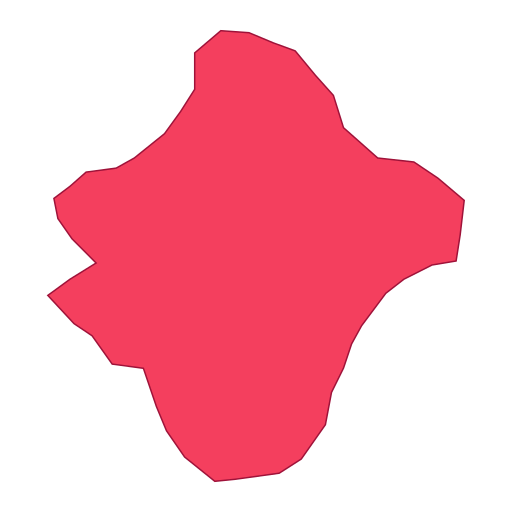 Katokopia, Cyprus (Albers equal-area conic projection)
{"feature_id": "46923920B85367038784493", "entity_name": "Katokopia", "entity_type": "district", "adm_level": 2, "iso_a3": "CYP", "parent_name": "Cyprus", "parent_adm1": "", "projection": "albers", "projection_center": [33.058, 35.168], "detail": "fine", "context": "isolated", "style": "filled", "palette": "rose", "viewbox_px": 512, "rotation_deg": 0, "n_neighbors": 0, "source": "geoboundaries", "source_scale": "gbopen_adm2", "svg_char_len": 677}
<svg xmlns="http://www.w3.org/2000/svg" viewBox="0 0 512 512"><path d="M47.8,295.4L74.0,323.6L92.1,335.8L112.2,364.1L143.4,368.3L156.4,406.5L166.5,430.8L184.6,457.0L214.8,481.3L234.9,479.3L279.2,473.2L301.3,459.0L325.4,424.7L331.5,392.4L343.5,368.1L351.6,343.9L361.6,325.7L385.8,293.3L403.9,279.2L432.0,265.0L456.1,261.0L460.2,234.7L464.2,200.4L438.0,178.2L413.9,162.0L377.7,158.0L343.5,127.7L333.4,95.4L315.3,75.2L295.2,50.9L273.1,42.8L249.0,32.7L220.8,30.7L194.7,52.9L194.7,89.3L180.6,111.5L164.5,133.7L134.3,158.0L116.2,168.1L86.1,172.1L70.0,186.3L53.9,198.4L57.9,218.6L72.0,238.8L96.1,263.0L70.0,279.2L47.8,295.4Z" fill="#f43f5e" stroke="#9f1239" stroke-width="1.5"/></svg>